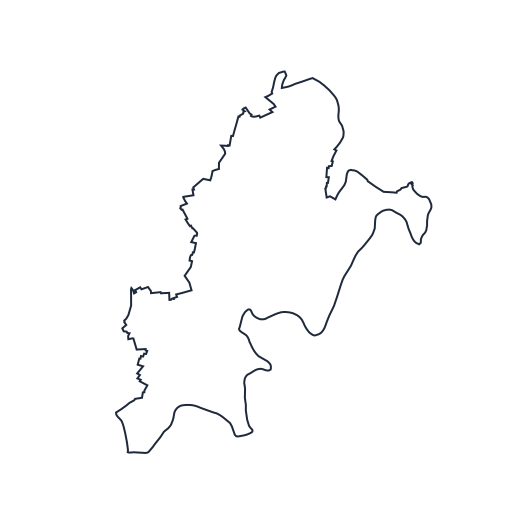 Ung Hoa, Ha Noi, Vietnam, rotated 252°
{"feature_id": "81297802B95308085705563", "entity_name": "Ung Hoa", "entity_type": "district", "adm_level": 2, "iso_a3": "VNM", "parent_name": "Vietnam", "parent_adm1": "Ha Noi", "projection": "robinson", "projection_center": [105.789, 20.711], "detail": "fine", "context": "isolated", "style": "outline", "palette": "slate", "viewbox_px": 512, "rotation_deg": 252, "n_neighbors": 0, "source": "geoboundaries", "source_scale": "gbopen_adm2", "svg_char_len": 6123}
<svg xmlns="http://www.w3.org/2000/svg" viewBox="0 0 512 512"><g transform="rotate(252 256 256)"><path d="M109.0,73.4L108.4,74.3L108.0,75.4L107.1,79.1L102.8,90.1L102.6,91.7L102.6,92.3L102.9,93.4L106.5,99.2L108.1,101.3L113.5,109.4L117.0,113.7L117.6,114.8L119.4,119.5L121.1,122.2L122.2,123.4L125.4,126.0L127.1,127.2L132.5,130.1L134.2,131.7L135.5,133.5L136.0,134.5L136.8,137.2L136.8,139.5L136.2,142.4L135.6,144.7L135.0,146.5L133.7,149.5L132.4,151.7L130.9,153.8L128.3,156.9L120.3,167.2L118.8,169.6L117.6,170.9L114.9,173.3L112.5,175.0L105.1,179.7L101.5,180.4L93.0,180.6L92.3,180.7L90.9,181.4L90.5,181.8L90.1,182.8L89.8,183.7L89.0,190.2L89.0,192.6L89.3,195.9L89.6,197.3L90.1,198.2L90.7,198.6L91.4,198.8L92.5,198.5L93.7,197.9L95.9,197.1L96.9,196.9L103.0,197.0L112.3,198.6L117.3,200.3L124.6,201.6L132.6,204.4L135.7,205.1L138.3,205.4L140.5,206.2L142.9,207.5L144.6,209.2L145.7,211.1L146.3,214.5L147.2,218.0L147.7,220.4L147.8,221.6L147.7,223.7L147.1,226.1L146.0,227.8L144.3,230.0L143.4,231.8L143.2,232.5L143.2,233.6L143.5,234.8L144.5,235.4L146.3,236.0L148.1,236.2L148.8,236.0L150.6,235.3L152.4,234.3L160.0,227.4L163.5,225.8L166.6,224.8L170.7,224.0L174.4,223.6L176.2,223.3L178.8,223.4L181.9,222.9L183.2,222.4L184.5,221.6L188.2,218.6L190.2,217.4L191.1,217.3L191.9,217.3L193.8,218.8L202.4,224.2L203.6,225.3L205.8,227.9L206.3,228.7L207.4,231.3L207.5,232.5L207.3,233.0L206.7,233.8L205.8,234.3L202.4,234.7L201.4,234.9L199.4,235.8L198.2,236.6L197.1,237.5L195.4,239.4L194.6,240.4L193.8,242.5L193.3,244.9L193.4,246.1L193.8,248.4L194.7,256.5L194.8,259.7L194.7,262.7L194.0,265.8L193.6,266.8L192.7,269.0L191.1,272.0L190.1,273.5L187.0,276.8L184.7,278.4L183.5,279.0L181.2,279.9L180.3,280.1L179.1,280.2L177.8,280.5L174.5,280.8L171.3,281.5L167.9,282.6L166.4,283.3L163.5,285.5L162.7,286.5L162.3,287.3L162.2,287.7L162.2,291.6L162.7,293.8L163.6,295.5L164.9,297.3L166.5,299.0L168.4,300.6L171.6,303.0L176.9,307.5L184.4,314.7L191.6,320.1L202.5,327.9L206.7,331.1L209.5,333.8L217.3,343.2L223.1,348.4L225.7,350.9L227.4,352.9L228.7,354.6L230.7,358.7L232.6,362.0L237.7,369.8L240.1,373.0L241.7,374.5L245.4,377.4L252.9,380.3L254.4,381.0L256.1,382.0L256.7,382.5L257.5,383.6L258.2,385.1L259.5,389.2L259.8,390.9L259.6,394.5L258.9,397.2L258.2,398.5L257.6,399.5L253.7,402.9L250.7,405.9L248.5,407.5L244.8,409.1L241.8,409.7L234.6,409.5L230.1,409.9L226.3,410.0L223.1,410.5L221.1,411.2L219.8,411.8L218.7,412.6L218.0,413.3L217.4,414.2L216.7,414.7L217.5,416.6L218.3,417.1L220.9,418.0L222.6,419.3L224.5,421.3L225.4,423.1L226.2,424.3L227.9,425.9L232.3,428.2L236.1,429.4L241.4,431.9L242.6,432.7L243.7,433.7L245.7,435.9L247.1,437.2L248.0,437.8L250.2,438.5L251.1,438.6L254.3,438.4L256.3,438.2L257.9,437.6L258.9,436.9L259.5,436.3L259.9,435.6L260.5,433.4L261.1,432.1L262.0,431.0L263.8,429.5L265.7,428.2L270.0,426.3L271.2,426.0L273.0,426.1L274.0,426.3L274.7,426.9L275.4,426.8L275.7,426.3L276.4,426.1L276.7,427.4L277.8,427.4L278.1,427.1L278.1,425.9L277.7,423.7L277.0,422.8L275.7,421.9L275.4,421.4L275.3,420.5L275.6,415.3L274.8,414.4L274.5,413.7L274.3,413.1L274.2,411.6L273.9,410.1L272.7,409.2L274.2,405.9L277.6,397.2L285.5,390.7L292.6,385.4L294.1,385.4L294.8,385.0L299.1,382.4L304.3,378.9L305.3,378.1L306.9,376.1L307.9,373.9L308.3,373.5L308.6,372.5L308.6,370.7L307.9,369.4L305.6,367.6L298.8,364.3L296.0,361.8L290.8,354.4L288.5,351.9L285.3,349.0L289.6,345.1L289.9,344.8L289.8,341.3L298.5,342.7L298.5,343.1L300.3,344.0L300.2,344.6L303.6,346.0L303.3,347.0L308.4,349.6L309.3,347.3L317.9,350.8L317.1,352.2L318.9,353.0L318.2,355.8L322.2,358.3L323.0,357.2L327.1,360.6L331.5,365.1L333.2,363.5L335.0,366.7L337.4,370.3L338.6,371.8L341.7,375.2L343.0,376.1L344.8,376.9L346.6,377.6L348.1,377.9L353.2,378.1L354.8,377.7L357.9,376.8L359.1,376.7L360.2,376.8L362.1,377.1L364.3,377.8L368.5,379.6L371.3,380.5L373.7,380.9L377.2,381.1L379.5,381.1L381.8,380.7L384.5,379.8L391.0,377.0L397.1,373.5L402.0,370.2L407.7,364.8L407.8,361.7L407.6,354.7L407.6,346.4L407.2,342.6L407.1,339.2L407.8,332.5L410.5,333.7L412.0,334.7L414.8,336.9L416.1,338.5L418.0,340.4L418.6,340.7L422.6,340.3L422.9,339.1L423.0,334.3L422.1,332.5L421.1,330.9L419.9,329.7L416.3,327.3L411.0,324.3L407.2,321.6L405.5,321.6L404.5,317.1L404.2,314.0L395.1,319.8L392.0,320.7L391.1,314.2L387.8,316.1L386.3,302.8L388.5,302.5L388.7,298.9L389.1,297.0L389.6,295.8L390.8,294.5L391.8,295.4L393.6,294.0L395.1,293.6L400.4,292.0L400.1,289.6L399.4,288.4L397.1,290.0L397.0,288.6L395.3,287.7L394.6,284.1L393.5,283.4L394.1,282.4L385.5,276.7L382.0,274.3L377.2,271.2L377.9,269.6L369.2,265.0L370.0,263.6L369.3,263.2L370.4,260.8L371.8,256.9L367.5,258.5L365.0,258.7L362.8,258.3L356.1,249.6L350.2,247.6L350.4,244.3L350.2,240.9L347.2,239.3L343.8,237.2L343.5,236.8L342.1,235.9L345.7,229.6L340.6,217.5L338.4,217.5L338.8,216.1L333.1,215.3L334.7,205.1L334.2,204.9L330.1,205.6L327.2,206.5L326.8,199.8L325.8,199.6L324.8,198.7L322.8,199.7L322.8,200.5L312.6,202.3L312.5,200.3L307.6,201.5L304.8,202.4L305.0,203.5L302.0,204.0L301.9,204.6L296.4,207.1L295.7,207.0L293.6,205.9L294.1,205.0L294.2,203.6L289.2,198.7L286.8,202.9L281.1,199.7L278.6,198.1L279.0,197.1L276.8,195.7L276.9,194.3L275.2,192.9L272.2,191.4L270.8,193.6L265.7,190.6L259.2,182.0L251.3,184.4L243.3,184.1L243.7,174.1L244.1,168.2L241.5,168.3L241.4,164.7L240.6,164.7L240.7,164.1L241.4,163.9L241.2,162.4L240.6,161.6L241.0,160.1L247.8,162.0L249.9,154.1L251.1,154.1L253.1,144.7L255.2,145.2L259.9,143.7L259.7,136.8L262.0,136.2L260.9,130.5L258.6,130.8L258.1,128.5L260.4,128.6L262.8,128.1L264.0,127.6L263.0,126.9L247.4,121.9L239.3,116.4L236.5,113.3L235.3,110.7L234.1,110.7L233.8,110.3L230.5,111.3L228.5,106.5L225.3,106.9L224.0,109.6L222.6,109.8L221.6,111.8L219.7,109.9L218.6,109.4L216.3,108.9L215.9,113.0L215.4,113.9L203.9,113.6L201.6,122.3L200.3,121.9L199.3,123.2L196.8,121.2L197.7,119.4L195.3,117.6L196.4,115.7L194.1,114.4L194.5,113.3L189.2,109.9L186.0,114.5L181.0,106.7L178.7,108.8L176.2,105.4L173.9,108.1L172.8,106.7L166.6,112.7L162.4,108.2L160.9,107.7L161.2,106.2L156.4,103.8L157.5,96.8L156.4,95.6L155.4,90.3L153.8,86.3L152.0,80.7L150.4,74.5L148.8,74.2L148.0,74.2L146.1,74.7L141.8,76.8L140.4,77.2L137.5,77.4L135.1,77.4L128.2,76.9L118.8,75.7L111.1,74.3L109.0,73.4Z" fill="none" stroke="#1e293b" stroke-width="2"/></g></svg>